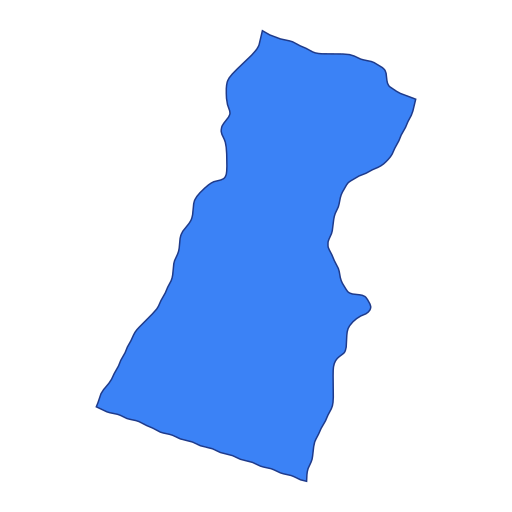 Los Rios, Bahoruco, Dominican Republic (Albers equal-area conic projection)
{"feature_id": "3306468B61523317388818", "entity_name": "Los Rios", "entity_type": "district", "adm_level": 2, "iso_a3": "DOM", "parent_name": "Dominican Republic", "parent_adm1": "Bahoruco", "projection": "albers", "projection_center": [-71.562, 18.559], "detail": "fine", "context": "isolated", "style": "filled", "palette": "blue", "viewbox_px": 512, "rotation_deg": 0, "n_neighbors": 0, "source": "geoboundaries", "source_scale": "gbopen_adm2", "svg_char_len": 3002}
<svg xmlns="http://www.w3.org/2000/svg" viewBox="0 0 512 512"><path d="M415.7,99.2L400.3,93.4L396.5,91.3L389.7,86.7L388.7,85.6L387.5,83.2L386.9,80.5L386.1,73.4L385.2,70.8L384.5,69.6L382.5,67.7L374.1,62.6L371.3,61.5L363.6,59.9L360.7,59.1L354.1,56.0L349.5,54.6L342.7,54.0L322.0,53.8L318.6,53.5L315.3,52.9L312.4,51.8L306.0,48.3L300.3,45.9L292.6,41.8L289.6,40.9L280.3,38.9L269.7,34.9L262.4,30.7L259.1,44.7L258.5,46.2L256.9,49.0L254.9,51.5L251.6,55.2L237.1,69.1L232.4,73.9L229.3,77.7L227.8,80.5L227.2,82.1L226.6,85.2L226.3,88.5L226.3,93.4L226.5,98.3L227.5,104.6L229.7,110.9L230.0,113.3L229.7,114.7L228.5,117.2L223.9,123.1L222.3,125.6L221.7,127.1L221.2,130.0L221.2,131.5L221.9,134.3L224.3,139.4L225.3,142.2L226.2,147.2L226.7,154.1L226.9,166.2L226.7,171.1L226.3,174.2L225.8,175.6L225.2,176.9L224.3,178.1L223.2,178.9L220.7,180.0L213.8,181.7L211.1,183.1L208.5,184.9L204.7,188.1L200.0,192.7L196.9,196.4L195.2,199.2L194.5,200.6L193.7,203.7L192.6,214.8L191.9,217.8L191.4,219.3L190.7,220.8L189.0,223.5L182.9,231.1L181.4,234.0L180.8,235.5L180.1,238.5L179.2,248.1L178.6,251.2L177.6,254.1L174.6,260.6L173.8,263.7L172.7,274.8L172.1,277.9L171.1,280.8L167.7,287.2L165.3,292.9L161.0,300.5L158.5,306.1L156.8,308.9L152.4,313.9L139.2,327.2L136.9,329.7L135.0,332.3L133.5,335.1L131.0,340.6L127.4,347.0L125.1,352.7L120.8,360.3L118.5,366.0L114.2,373.6L111.6,379.2L108.9,383.3L103.6,389.6L101.0,393.7L98.0,402.6L96.3,406.8L106.8,411.8L109.8,412.7L117.5,414.3L120.3,415.3L126.9,418.5L129.9,419.3L136.0,420.6L139.0,421.6L146.8,425.6L152.5,428.0L160.3,432.1L163.3,433.0L169.4,434.3L172.4,435.2L180.3,438.9L192.4,442.0L200.3,445.7L212.5,448.8L220.4,452.5L232.5,455.6L240.4,459.3L252.5,462.4L260.4,466.1L263.4,467.0L271.1,468.7L273.9,469.8L280.5,472.9L283.5,473.8L291.1,475.5L293.9,476.6L300.5,479.8L306.6,481.3L306.9,474.8L307.3,471.6L308.1,468.5L311.1,462.0L312.1,459.1L312.6,456.0L313.7,446.5L314.7,441.9L315.9,439.2L318.6,434.0L321.1,428.4L325.5,420.8L327.9,415.2L331.3,408.8L332.4,405.8L333.0,402.4L333.3,397.1L333.1,375.6L333.2,370.2L333.5,366.8L334.3,363.5L335.6,360.7L337.3,358.4L339.3,356.6L343.4,353.5L344.3,352.6L345.0,351.4L345.5,350.0L346.2,347.0L346.8,335.2L347.2,331.8L348.1,328.5L349.7,325.6L352.9,321.8L356.6,318.6L360.7,316.0L365.9,313.8L368.1,312.2L369.8,310.2L370.3,309.1L370.7,307.7L370.7,306.4L369.9,303.9L367.5,299.6L365.9,297.4L364.9,296.5L362.3,295.3L359.6,294.8L352.5,294.0L349.8,293.1L348.6,292.4L347.6,291.5L346.0,289.2L342.4,283.3L341.2,280.6L340.3,277.6L339.2,271.4L338.3,268.4L334.3,260.6L331.9,254.9L329.3,249.9L328.2,247.3L328.0,245.8L328.0,242.8L328.2,241.3L329.2,238.7L331.5,233.6L332.3,230.6L333.7,219.5L334.3,216.4L335.2,213.5L338.3,206.9L339.1,203.9L340.3,197.8L341.2,194.8L342.4,192.1L346.6,184.8L348.3,182.6L350.5,181.0L359.0,176.0L366.1,173.2L372.5,169.7L378.1,167.3L380.9,165.8L383.6,163.9L386.0,161.7L388.3,159.3L390.4,156.8L392.2,154.0L394.7,148.4L398.9,140.7L401.2,135.0L405.5,127.4L407.9,121.7L411.3,115.3L412.9,110.9L415.7,99.2Z" fill="#3b82f6" stroke="#1e3a8a" stroke-width="1.5"/></svg>